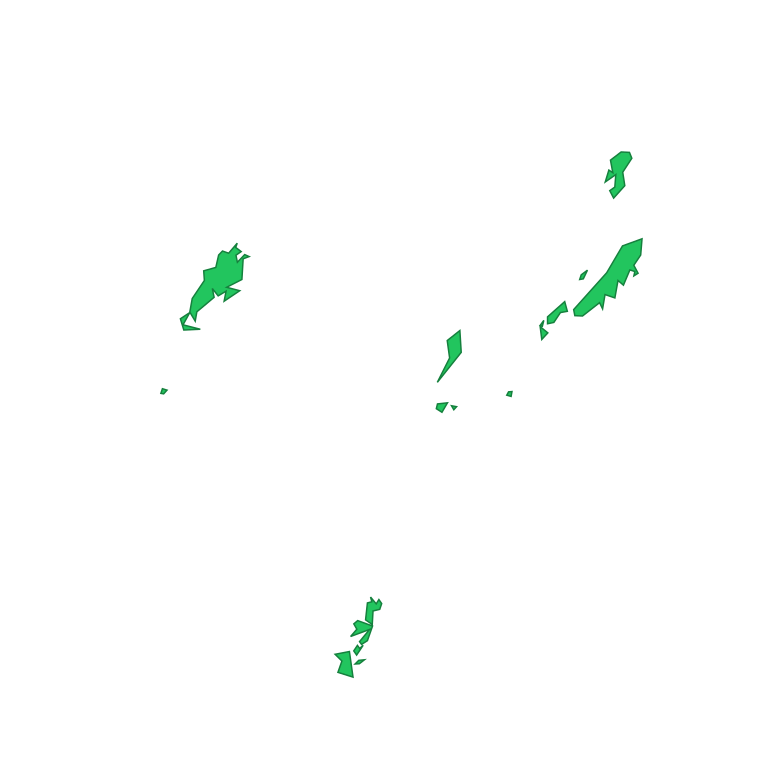 outline of Samarai-Murua District, Milne Bay, Papua New Guinea, rotated 286°
{"feature_id": "67681753B57356093785831", "entity_name": "Samarai-Murua District", "entity_type": "district", "adm_level": 2, "iso_a3": "PNG", "parent_name": "Papua New Guinea", "parent_adm1": "Milne Bay", "projection": "mercator", "projection_center": [152.452, -10.176], "detail": "medium", "context": "isolated", "style": "filled", "palette": "green", "viewbox_px": 768, "rotation_deg": 286, "n_neighbors": 0, "source": "geoboundaries", "source_scale": "gbopen_adm2", "svg_char_len": 1973}
<svg xmlns="http://www.w3.org/2000/svg" viewBox="0 0 768 768"><g transform="rotate(286 384 384)"><path d="M413.3,176.1L399.6,177.5L392.4,185.2L401.8,184.2L420.5,196.8L428.5,192.6L423.0,200.3L429.7,206.6L419.5,207.5L433.9,219.6L433.6,206.1L445.3,218.6L465.5,214.1L469.3,219.2L470.0,214.4L460.6,209.5L467.0,206.2L471.9,210.2L474.4,203.8L478.9,204.1L466.9,198.6L467.3,192.1L462.4,189.5L449.7,190.2L443.1,179.5L434.0,182.8L413.3,176.1ZM507.8,545.8L502.3,548.6L504.1,556.1L521.6,568.8L516.5,573.4L530.9,571.8L530.4,582.2L548.0,580.4L545.0,586.9L561.4,588.9L561.3,594.1L556.8,594.4L560.5,597.7L567.0,591.4L578.7,595.2L594.7,592.0L582.5,575.2L552.3,567.4L507.8,545.8ZM661.6,540.0L650.2,545.7L651.6,541.2L639.2,541.0L649.2,549.1L636.9,551.6L632.1,547.7L626.0,553.5L641.0,560.8L653.4,555.1L669.3,560.0L674.3,556.1L672.4,548.0L661.6,540.0ZM443.2,432.8L427.1,439.9L400.3,434.8L435.7,449.5L456.3,442.2L443.2,432.8ZM93.7,435.0L117.3,424.5L110.7,411.5L106.1,419.9L94.1,419.2L93.7,435.0ZM169.0,428.4L152.2,431.3L149.6,439.0L162.8,436.0L166.2,442.0L172.3,442.3L175.4,438.5L170.5,437.1L175.5,429.8L171.3,432.3L169.0,428.4ZM145.1,421.1L140.8,425.5L132.1,421.5L144.1,437.8L129.6,431.5L127.5,434.2L132.7,438.8L148.2,439.7L149.3,423.9L145.1,421.1ZM493.6,522.7L487.0,524.6L490.0,530.3L501.3,533.9L504.4,540.2L513.0,535.0L493.6,522.7ZM390.6,170.3L380.7,176.7L386.0,192.3L385.5,174.5L399.1,177.6L390.6,170.3ZM379.6,440.9L374.7,441.1L372.8,447.5L383.4,450.2L379.6,440.9ZM482.2,518.3L470.3,523.4L478.3,527.4L482.2,518.3ZM119.1,428.5L115.9,432.4L127.1,436.0L123.1,433.5L125.4,430.5L119.1,428.5ZM538.4,543.3L540.0,546.6L549.5,548.2L543.3,543.5L538.4,543.3ZM318.3,177.1L318.4,172.3L313.5,172.1L313.8,174.9L318.3,177.1ZM489.2,520.1L483.2,517.9L483.2,520.3L489.2,520.1ZM106.9,433.4L108.3,437.4L113.5,441.2L111.4,435.9L106.9,433.4ZM407.1,505.1L407.1,509.6L412.0,509.1L410.8,505.9L407.1,505.1ZM382.2,460.0L381.7,454.9L378.5,458.2L382.2,460.0Z" fill="#22c55e" stroke="#15803d" stroke-width="1.5"/></g></svg>